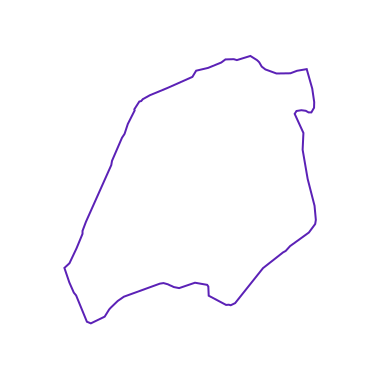 San Carlos Alzatate, Jalapa, Guatemala, rotated 75°
{"feature_id": "79465075B59357563721623", "entity_name": "San Carlos Alzatate", "entity_type": "district", "adm_level": 2, "iso_a3": "GTM", "parent_name": "Guatemala", "parent_adm1": "Jalapa", "projection": "natural_earth1", "projection_center": [-90.078, 14.475], "detail": "fine", "context": "isolated", "style": "outline", "palette": "violet", "viewbox_px": 384, "rotation_deg": 75, "n_neighbors": 0, "source": "geoboundaries", "source_scale": "gbopen_adm2", "svg_char_len": 1091}
<svg xmlns="http://www.w3.org/2000/svg" viewBox="0 0 384 384"><g transform="rotate(75 192 192)"><path d="M232.3,334.9L247.6,333.9L258.6,332.2L261.9,330.7L290.1,327.1L292.7,323.7L289.8,308.6L284.0,302.4L282.7,300.4L278.0,291.9L275.5,284.9L272.2,246.8L272.6,243.1L274.9,239.2L276.3,237.6L277.7,235.8L279.1,234.2L281.5,229.3L280.4,212.6L285.6,201.4L287.5,200.7L296.5,202.7L309.9,188.3L310.4,185.6L311.4,183.9L310.5,179.1L283.9,143.1L273.9,119.7L273.2,116.8L269.6,111.2L261.4,89.6L254.8,81.3L251.0,79.6L237.0,77.2L209.3,76.9L179.8,74.2L163.8,69.1L143.1,72.6L140.8,70.1L141.3,65.2L143.0,61.1L145.3,58.8L146.0,56.1L142.2,52.3L136.8,50.7L123.3,49.1L103.0,49.4L102.1,59.2L102.8,66.2L99.4,79.7L92.6,89.4L88.9,92.2L84.1,93.5L82.5,94.4L81.3,95.2L75.7,100.4L76.2,114.5L74.5,117.3L72.6,125.4L74.5,130.2L76.3,144.4L75.9,156.6L80.9,161.8L85.2,189.1L87.6,207.5L89.6,215.5L91.0,217.5L91.0,219.5L97.2,226.3L98.4,226.3L109.7,236.4L118.4,242.1L121.5,245.6L141.2,261.2L145.1,263.0L193.4,302.2L201.2,307.8L204.1,308.6L216.5,318.1L229.1,328.8L232.3,334.9Z" fill="none" stroke="#5b21b6" stroke-width="2"/></g></svg>